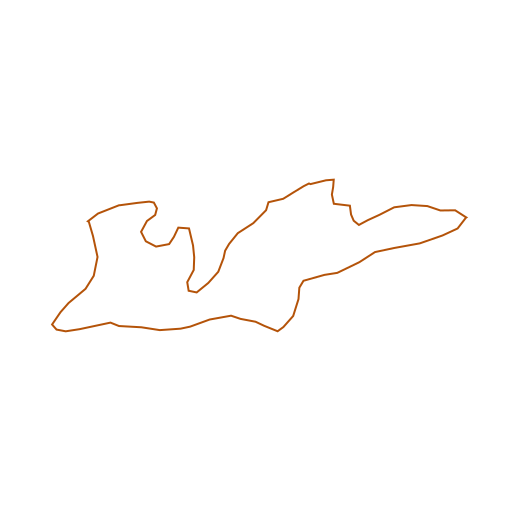 Osby, Skåne, Sweden, rotated 168°
{"feature_id": "70781695B63851832202754", "entity_name": "Osby", "entity_type": "district", "adm_level": 2, "iso_a3": "SWE", "parent_name": "Sweden", "parent_adm1": "Skåne", "projection": "equal_earth", "projection_center": [14.155, 56.44], "detail": "fine", "context": "isolated", "style": "outline", "palette": "amber", "viewbox_px": 512, "rotation_deg": 168, "n_neighbors": 0, "source": "geoboundaries", "source_scale": "gbopen_adm2", "svg_char_len": 1273}
<svg xmlns="http://www.w3.org/2000/svg" viewBox="0 0 512 512"><g transform="rotate(168 256 256)"><path d="M189.1,315.9L194.8,314.4L205.9,310.5L217.5,306.3L232.6,306.0L236.6,298.7L251.8,288.7L269.1,282.1L279.8,273.4L285.1,267.6L288.2,260.7L296.2,248.4L308.2,239.6L321.6,232.7L329.1,236.0L328.7,244.7L319.8,255.3L316.7,267.6L315.4,279.4L315.8,296.9L326.1,299.9L332.3,291.8L338.5,285.7L351.8,286.0L360.7,293.3L363.4,303.5L355.4,312.9L346.1,317.1L343.0,323.2L344.8,329.5L349.2,331.4L360.8,332.6L377.9,333.9L379.5,334.1L401.7,330.4L413.2,324.9L412.4,324.2L411.3,309.4L411.2,288.0L418.8,270.4L429.6,259.3L449.1,249.0L458.9,241.7L469.7,231.4L469.0,230.1L466.4,225.5L457.8,221.9L443.6,221.1L412.2,221.1L404.6,216.0L382.9,210.1L365.5,203.5L344.9,200.6L335.1,200.6L314.5,203.5L292.8,202.8L284.2,197.7L270.1,191.8L262.5,186.0L250.5,177.9L244.0,180.8L232.1,189.6L223.4,205.0L220.2,216.0L214.7,221.9L193.0,223.3L180.0,222.6L156.1,228.5L138.8,235.1L119.2,235.1L93.2,234.3L69.3,237.3L53.1,241.0L42.6,249.9L42.3,250.0L51.7,259.3L66.2,262.2L78.0,269.2L93.3,273.5L110.7,274.9L126.7,270.6L139.2,267.8L148.9,265.0L153.1,270.2L154.4,276.8L153.7,285.7L169.0,290.9L169.0,300.3L166.2,307.4L164.1,314.5L171.8,315.5L187.8,315.0L189.1,315.9Z" fill="none" stroke="#b45309" stroke-width="2"/></g></svg>